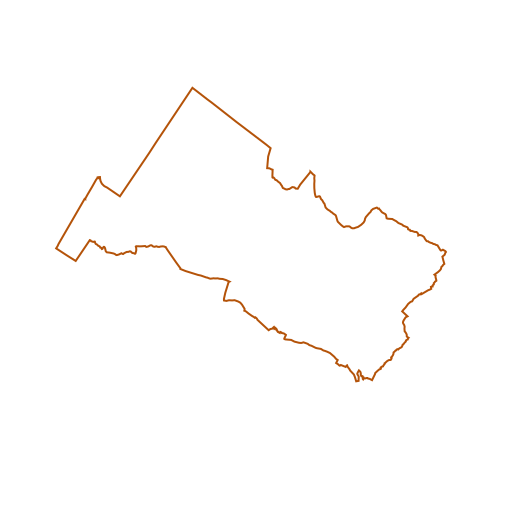 Ceptura, Prahova, Romania, rotated 140°
{"feature_id": "2599482B71736492781600", "entity_name": "Ceptura", "entity_type": "district", "adm_level": 2, "iso_a3": "ROU", "parent_name": "Romania", "parent_adm1": "Prahova", "projection": "equal_earth", "projection_center": [26.322, 45.023], "detail": "fine", "context": "isolated", "style": "outline", "palette": "amber", "viewbox_px": 512, "rotation_deg": 140, "n_neighbors": 0, "source": "geoboundaries", "source_scale": "gbopen_adm2", "svg_char_len": 6034}
<svg xmlns="http://www.w3.org/2000/svg" viewBox="0 0 512 512"><g transform="rotate(140 256 256)"><path d="M404.2,390.3L400.7,378.7L397.3,368.1L373.1,375.0L372.7,374.3L372.8,373.3L372.5,372.9L371.6,371.4L370.3,370.8L370.2,370.6L370.7,369.7L371.0,368.3L370.4,366.9L370.3,365.3L369.6,363.9L369.6,363.5L369.9,362.6L369.3,361.8L369.6,360.4L369.1,360.2L367.5,360.8L366.8,360.9L366.4,360.5L366.4,359.9L366.6,359.0L368.0,356.3L368.0,355.6L367.9,354.7L365.9,352.6L363.5,349.5L362.9,348.4L362.4,346.5L361.7,346.0L360.1,345.3L357.3,344.6L356.9,343.4L356.5,342.9L355.2,342.9L353.1,342.4L352.4,342.2L351.1,341.2L349.6,340.7L349.1,340.0L348.8,337.8L347.8,336.7L347.3,335.5L347.1,335.4L346.6,335.5L344.2,337.2L343.3,338.2L342.5,339.4L342.0,340.5L341.5,340.5L338.0,337.4L334.5,334.9L334.2,333.5L333.9,333.3L332.5,332.6L330.2,332.1L329.6,331.8L329.1,331.3L328.8,329.7L328.2,328.7L327.7,328.2L326.1,327.5L325.2,326.0L324.2,325.1L323.0,324.6L321.4,323.5L320.4,322.5L319.9,321.5L319.4,320.9L319.6,320.2L320.0,316.9L321.3,302.6L321.8,295.3L322.3,294.7L319.6,289.7L312.6,278.8L310.8,276.5L307.8,271.4L307.2,270.8L306.6,269.6L305.7,268.1L305.2,267.7L302.7,266.1L301.9,265.2L299.7,263.5L298.5,261.9L296.3,259.8L294.4,256.8L292.8,253.4L293.8,253.6L303.1,247.6L308.2,243.7L309.1,242.5L307.5,240.6L305.2,239.5L302.7,237.2L300.8,235.9L298.9,232.6L298.1,230.6L298.0,229.5L298.0,227.6L298.7,222.9L299.5,222.0L300.1,221.6L299.5,220.6L299.2,219.5L298.7,216.8L297.6,212.7L296.8,210.5L296.6,209.4L295.9,209.4L295.7,208.4L295.6,207.7L295.7,206.9L295.9,206.2L294.0,191.0L291.9,190.8L290.3,189.9L288.6,190.1L287.8,190.1L287.9,189.3L288.3,189.3L288.5,189.1L288.8,189.1L288.9,188.4L287.4,188.3L287.8,186.9L287.3,186.8L287.7,185.2L287.9,185.2L288.0,184.3L287.8,183.9L288.0,183.7L287.2,181.7L286.2,182.2L285.6,181.0L285.7,180.3L284.5,178.9L284.2,177.9L283.8,176.3L284.1,176.1L286.6,175.0L287.6,174.4L287.5,173.9L287.0,173.1L283.0,169.1L281.6,165.7L279.0,162.1L278.0,161.0L276.9,160.1L275.2,159.4L274.5,158.3L273.2,156.1L272.8,155.3L272.4,153.4L271.2,151.6L269.4,147.4L268.6,146.2L266.0,143.1L265.1,140.3L264.3,139.2L263.0,136.9L261.7,134.1L260.8,128.6L260.8,125.7L260.3,123.8L263.4,122.5L262.7,120.2L262.6,118.8L262.3,118.1L261.1,118.0L258.6,113.4L256.9,113.8L256.5,113.7L257.0,112.3L257.2,108.9L257.5,107.8L257.2,102.3L258.0,99.8L259.8,95.6L257.7,94.4L255.0,97.4L254.7,98.1L254.4,100.1L254.0,100.8L252.6,101.5L250.7,102.2L250.5,100.3L251.1,98.8L251.9,98.0L252.5,96.4L252.5,96.1L251.6,95.5L251.6,95.2L252.1,94.5L251.7,93.9L251.8,93.8L252.5,94.2L253.2,93.2L253.2,92.6L252.9,92.7L252.5,93.7L252.2,93.6L252.1,93.4L252.2,93.0L252.0,92.7L251.2,92.3L250.7,91.8L249.6,91.4L249.0,90.9L249.0,90.2L247.9,88.8L246.9,86.3L240.8,89.0L239.9,89.7L236.6,89.9L234.5,89.9L233.1,89.3L232.3,89.8L232.4,90.3L232.2,90.4L230.9,90.4L229.6,89.8L228.9,90.2L227.8,90.4L227.5,90.6L226.9,90.6L226.4,91.1L226.1,90.9L225.3,91.1L222.8,91.2L221.0,90.8L219.8,89.9L219.4,89.8L218.0,90.4L217.8,90.6L217.9,91.2L217.6,91.5L216.9,91.4L214.9,92.0L213.7,92.6L212.6,93.7L211.1,93.7L210.0,93.9L209.2,93.6L208.7,93.9L208.1,93.9L207.2,93.5L207.1,93.0L205.3,93.1L204.4,92.8L203.0,92.6L201.1,93.4L200.7,93.8L199.5,93.7L197.9,94.1L196.2,94.2L196.0,94.5L195.4,94.9L194.5,94.9L193.4,94.5L192.3,95.3L191.7,95.3L192.2,97.0L192.2,97.5L191.2,98.7L190.8,99.8L190.5,101.5L190.6,102.6L189.0,104.9L187.6,106.3L186.9,107.7L186.6,109.7L186.3,110.4L185.9,110.9L184.5,111.7L181.3,112.7L180.4,112.8L178.7,112.4L179.6,119.6L177.9,120.0L174.5,120.4L170.2,121.5L167.1,121.5L165.5,120.9L162.8,121.9L157.1,121.4L156.2,121.8L155.0,121.3L153.7,121.2L154.1,120.5L153.9,120.4L146.0,119.1L144.7,118.6L142.9,118.2L141.8,119.9L140.4,119.2L140.3,119.6L139.9,119.8L139.3,120.0L138.3,119.9L138.0,120.0L137.3,120.9L136.1,121.0L135.4,121.3L133.8,121.1L133.5,121.4L131.9,124.7L131.0,125.5L131.3,127.0L126.9,126.7L124.3,126.8L122.7,127.2L120.9,128.5L119.6,128.5L118.4,128.9L116.8,128.9L115.3,132.3L113.6,135.7L110.7,135.7L108.8,136.8L107.9,137.0L107.8,138.0L108.8,140.7L110.3,141.0L110.8,141.3L110.9,141.6L110.9,142.4L110.1,147.5L111.0,148.8L111.5,150.2L112.4,151.2L112.8,152.6L113.8,154.0L114.6,155.7L114.7,156.6L115.6,157.5L115.7,158.3L115.5,161.0L115.1,162.2L115.1,162.7L115.6,164.6L116.2,165.8L117.1,166.9L118.5,167.4L118.2,167.8L117.8,168.0L117.6,168.6L117.4,170.0L117.6,171.2L119.0,172.5L120.4,174.9L121.6,176.0L121.3,177.2L122.2,178.3L122.3,178.7L121.7,179.7L121.6,180.7L123.4,184.0L123.8,184.8L123.7,185.2L124.0,186.4L125.7,189.7L126.2,192.5L127.3,195.2L127.8,196.7L130.3,199.1L131.1,199.9L131.7,200.9L130.1,203.8L130.0,205.0L131.3,208.2L131.4,209.3L131.3,211.1L131.4,212.8L131.3,213.2L131.7,213.3L132.1,213.8L132.1,214.8L132.3,215.4L136.0,216.8L138.3,216.8L140.0,216.1L142.0,216.0L146.9,215.2L148.6,214.4L149.9,213.3L152.0,212.5L155.3,212.3L159.2,212.7L161.3,213.6L163.0,214.2L164.4,215.3L164.9,216.3L165.3,218.4L165.7,219.0L167.9,220.8L170.0,221.6L170.5,223.1L170.9,225.4L171.3,229.6L171.0,230.7L169.0,235.2L168.8,236.2L169.6,238.9L169.8,240.5L170.3,241.9L170.4,243.2L170.9,244.5L171.3,245.9L171.5,248.4L169.9,252.2L170.0,253.2L169.4,256.2L169.6,257.5L169.5,258.2L168.8,260.4L169.0,261.0L169.6,261.4L171.7,262.3L172.1,262.8L172.0,263.4L171.3,265.0L170.4,266.6L167.7,270.5L165.0,273.8L162.8,276.1L161.3,278.2L159.4,280.0L159.4,280.4L159.8,281.7L160.1,285.7L160.4,285.4L161.2,285.2L176.2,282.3L180.8,280.7L182.3,282.2L182.4,283.7L183.7,285.3L184.1,285.5L187.4,285.9L188.0,286.4L189.5,287.0L190.6,288.3L190.7,288.8L191.7,290.9L191.1,293.0L191.0,294.5L190.7,296.4L191.3,298.9L191.5,300.9L192.2,301.8L192.2,302.7L192.0,303.6L192.1,304.8L192.3,305.2L192.9,305.4L192.9,305.6L191.8,307.0L187.8,311.4L188.5,312.5L189.4,314.6L191.0,316.1L182.7,324.4L175.5,329.2L176.6,334.9L184.8,371.1L191.4,402.3L192.6,407.3L196.6,425.7L259.8,407.2L271.5,403.6L321.9,389.2L326.1,404.2L327.2,406.8L327.4,407.8L327.6,410.5L326.9,413.3L325.9,415.2L324.8,416.8L325.8,417.5L326.5,416.8L327.0,418.0L327.7,417.6L329.5,417.2L337.2,414.3L345.4,411.4L350.1,409.6L350.3,409.3L350.6,409.9L399.4,392.2L401.7,391.1L404.2,390.3Z" fill="none" stroke="#b45309" stroke-width="2"/></g></svg>